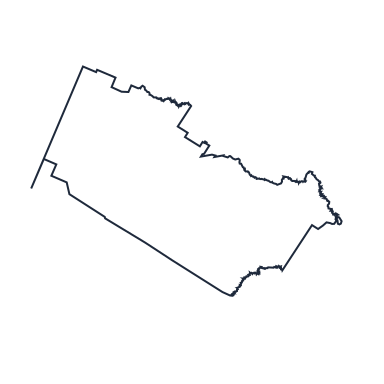 outline of Vera, Santa Fe, Argentina, rotated 293°
{"feature_id": "61730980B38020683731034", "entity_name": "Vera", "entity_type": "district", "adm_level": 2, "iso_a3": "ARG", "parent_name": "Argentina", "parent_adm1": "Santa Fe", "projection": "mercator", "projection_center": [-60.689, -29.083], "detail": "fine", "context": "isolated", "style": "outline", "palette": "slate", "viewbox_px": 384, "rotation_deg": 293, "n_neighbors": 0, "source": "geoboundaries", "source_scale": "gbopen_adm2", "svg_char_len": 6115}
<svg xmlns="http://www.w3.org/2000/svg" viewBox="0 0 384 384"><g transform="rotate(293 192 192)"><path d="M264.9,42.6L132.4,42.6L164.5,42.7L164.4,56.3L152.0,56.2L151.9,72.9L142.1,80.0L135.0,121.4L133.8,122.3L127.1,168.7L121.4,200.4L111.8,259.2L111.6,267.6L112.3,269.0L112.1,269.5L112.5,269.9L113.0,268.9L113.7,269.7L113.5,270.3L114.3,270.4L114.4,269.2L114.8,269.5L114.7,270.2L115.5,269.8L115.6,270.6L115.9,270.2L116.3,270.3L116.4,269.7L117.0,270.1L116.8,270.7L116.2,270.6L117.1,271.1L116.6,271.5L117.7,271.2L118.4,272.1L119.9,271.5L120.4,272.1L120.9,271.6L121.6,271.6L121.6,271.1L123.2,272.8L123.7,272.4L124.3,272.9L125.2,272.3L125.3,272.7L124.7,273.3L125.3,273.5L126.3,272.9L127.3,273.0L127.6,272.5L128.2,273.2L129.1,273.2L129.5,272.8L130.5,273.0L130.3,273.4L130.6,273.7L131.3,273.3L132.1,273.8L132.3,272.9L132.8,274.3L133.8,273.5L134.2,274.1L133.4,274.3L133.5,274.7L134.6,274.9L135.4,275.6L135.8,275.3L136.4,276.8L137.5,277.0L137.8,276.5L138.2,277.4L138.7,276.8L139.8,277.3L140.4,276.9L140.1,278.0L140.8,278.4L140.2,279.6L141.1,279.7L141.4,280.5L141.9,280.7L141.6,281.4L142.5,281.8L142.4,282.8L141.5,283.5L142.6,283.8L142.4,285.1L143.2,284.8L143.6,285.2L143.5,285.8L144.3,285.5L144.1,284.2L145.0,284.5L144.9,283.8L145.6,283.7L145.3,283.1L146.1,283.1L146.3,283.8L147.4,283.8L147.5,283.2L148.1,283.5L148.4,284.2L149.4,284.5L149.9,284.2L150.2,285.4L149.5,285.5L149.3,285.9L149.4,286.8L150.1,287.9L149.6,288.3L149.7,289.2L150.6,289.5L151.4,291.2L151.9,291.1L152.4,291.6L154.2,296.6L155.1,296.9L155.1,297.6L155.7,298.1L155.7,298.7L155.2,299.1L155.5,299.9L155.9,299.9L156.7,299.1L156.8,300.1L157.3,300.5L157.1,301.1L157.8,301.0L157.5,302.0L158.0,302.6L156.4,302.5L156.4,303.1L156.9,303.6L155.5,304.2L155.5,304.6L156.1,305.3L155.3,305.8L208.4,315.4L207.2,322.5L212.2,325.6L216.6,327.7L217.4,331.4L217.3,333.3L218.2,335.3L221.0,335.9L223.3,335.6L222.8,336.9L219.8,338.7L219.8,340.4L221.1,341.4L223.6,341.1L226.1,337.5L226.1,336.6L225.7,336.1L222.9,335.2L223.1,334.7L224.9,334.8L224.9,334.3L225.8,334.0L226.7,334.5L227.1,334.2L228.1,335.3L228.4,333.9L228.0,333.4L228.4,332.8L227.4,332.6L227.5,331.8L226.6,331.8L227.1,331.0L226.6,330.6L227.5,329.9L227.8,329.4L227.7,329.0L229.0,328.7L229.2,329.0L229.6,328.6L229.4,328.1L229.7,328.3L230.4,328.1L229.8,328.1L230.1,327.9L229.7,327.7L230.4,327.3L229.9,326.9L230.5,326.9L230.2,326.5L230.7,326.3L230.2,324.1L231.7,323.2L231.8,322.6L233.0,322.1L234.8,322.7L236.6,322.2L237.0,321.0L236.7,320.5L236.8,319.7L238.2,319.6L237.9,319.5L238.2,317.7L237.9,316.7L239.2,316.7L238.8,316.1L239.2,316.3L240.1,314.9L238.8,313.4L238.9,313.0L239.7,313.0L239.1,312.5L239.9,312.4L239.6,311.6L240.5,311.9L240.1,311.1L240.3,310.8L241.4,311.0L241.6,310.5L242.2,310.6L241.9,310.2L242.6,310.0L242.4,309.3L242.9,309.5L243.5,308.4L244.2,308.9L244.6,308.7L244.5,308.8L244.7,309.2L244.6,308.9L245.1,308.7L245.0,309.2L245.5,309.5L245.7,309.0L245.9,309.5L246.0,309.1L246.9,309.4L247.1,308.9L246.6,308.9L246.4,308.4L247.1,308.5L246.8,308.2L247.3,307.6L247.3,306.9L249.2,305.7L250.5,306.6L251.0,306.5L251.6,305.7L251.1,305.3L252.2,303.3L252.4,301.7L253.7,300.0L253.6,299.5L254.5,298.6L255.0,298.6L254.8,297.7L255.5,295.3L257.3,295.1L257.0,292.3L256.1,291.9L255.3,292.0L255.1,291.8L255.5,291.4L252.9,290.5L249.5,290.9L248.4,290.6L248.1,291.1L247.6,290.9L247.0,291.8L246.1,292.1L246.2,292.4L245.7,292.3L245.3,290.2L244.8,290.1L245.0,289.8L244.6,288.4L243.0,287.6L242.8,287.1L243.0,286.9L242.3,286.8L242.7,286.6L242.9,285.6L242.5,285.5L242.7,284.8L242.3,284.4L242.8,284.1L242.5,284.1L242.5,283.3L241.9,283.3L242.2,281.9L241.3,280.0L241.4,279.2L242.4,278.3L242.1,277.9L242.9,277.1L242.2,276.2L242.7,276.0L242.4,275.5L242.9,275.0L242.6,274.9L243.0,274.4L242.1,270.3L241.7,270.9L241.5,270.5L241.6,270.9L240.9,271.0L240.8,270.5L240.1,270.8L240.1,270.3L238.2,270.0L236.7,270.8L234.7,270.6L231.9,267.6L232.3,266.3L231.9,263.9L232.0,262.4L232.5,261.9L232.1,261.7L231.8,260.6L232.2,260.3L231.9,260.4L231.8,259.9L232.3,257.9L232.0,257.1L232.2,255.1L231.5,254.4L232.2,253.7L230.9,253.0L231.5,253.1L231.3,251.0L230.8,250.5L230.4,248.6L230.6,248.5L229.4,246.5L230.0,246.3L230.2,244.9L229.9,244.5L230.3,244.4L229.8,243.5L230.3,242.6L229.9,242.2L230.2,240.5L229.9,240.2L230.3,240.0L230.0,239.8L230.6,238.3L231.7,237.4L232.3,236.7L232.2,236.1L232.7,235.8L232.8,235.3L231.9,233.4L232.3,232.4L233.8,231.7L233.4,231.4L233.9,231.2L233.8,230.7L234.8,230.0L234.7,229.1L237.2,226.2L236.8,224.8L238.1,223.9L239.3,223.8L240.3,223.2L240.8,221.7L238.8,219.1L238.8,216.6L240.0,213.3L239.7,212.4L237.8,211.4L237.3,206.2L237.8,206.3L233.0,199.0L234.7,199.3L234.2,195.8L228.1,186.4L230.8,186.8L231.9,188.2L241.5,189.8L242.1,185.9L243.3,186.1L243.6,184.3L242.0,184.0L242.2,182.2L237.1,181.4L239.8,164.1L244.8,164.9L246.7,153.3L270.8,157.6L271.8,155.8L271.4,156.1L271.3,155.0L271.9,154.9L272.4,154.1L271.5,154.2L272.1,153.3L271.5,152.1L271.6,150.9L271.5,151.4L270.9,151.3L270.9,151.0L270.5,151.2L270.5,150.7L269.7,150.5L270.1,149.0L269.6,148.9L269.8,148.4L269.4,148.3L269.4,148.0L268.8,148.1L269.2,147.7L267.9,147.1L267.9,147.7L267.3,147.3L267.4,147.7L266.8,147.7L267.1,146.7L265.7,146.5L266.5,146.0L266.1,145.9L266.4,145.5L265.9,145.3L266.4,144.6L266.0,144.2L266.1,143.6L267.2,143.4L267.0,143.0L268.2,142.6L268.4,142.1L268.0,142.2L267.8,141.8L268.8,140.9L268.1,140.9L268.4,140.0L267.9,140.6L268.0,139.8L267.6,140.0L267.6,139.6L266.9,139.7L267.5,139.4L267.1,138.7L268.0,138.7L267.1,138.2L267.6,137.9L268.0,138.1L267.5,137.4L268.5,137.3L268.5,136.4L269.5,135.7L268.5,135.4L269.1,134.7L268.3,134.2L268.8,134.3L269.1,133.4L268.2,133.4L267.7,132.0L266.6,131.4L266.7,130.8L264.7,130.4L265.1,129.7L264.6,129.4L264.8,128.6L264.4,128.9L264.2,128.2L264.7,127.7L265.4,127.8L266.1,127.1L265.7,126.8L265.9,126.3L265.1,125.8L265.3,125.5L264.7,124.9L265.0,124.6L264.5,123.8L264.9,123.0L264.6,122.7L265.1,122.1L264.1,119.7L264.8,118.2L265.2,115.8L264.9,114.9L266.3,114.3L266.9,113.6L267.0,112.8L266.6,111.8L267.6,110.1L267.6,109.2L268.0,108.6L269.9,107.5L270.5,105.0L269.2,104.2L267.3,104.0L267.5,103.3L266.4,102.0L266.4,94.5L259.2,94.4L256.8,88.0L257.1,77.0L267.4,76.9L267.4,56.9L264.9,56.9L264.9,42.6Z" fill="none" stroke="#1e293b" stroke-width="2"/></g></svg>